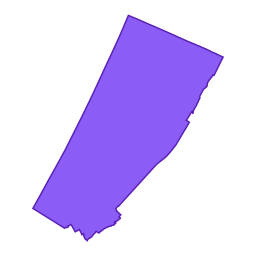 Noordwijk, Zuid-Holland, Netherlands (Albers equal-area conic projection)
{"feature_id": "6326949B12806125708238", "entity_name": "Noordwijk", "entity_type": "district", "adm_level": 2, "iso_a3": "NLD", "parent_name": "Netherlands", "parent_adm1": "Zuid-Holland", "projection": "albers", "projection_center": [4.48, 52.27], "detail": "fine", "context": "isolated", "style": "filled", "palette": "violet", "viewbox_px": 256, "rotation_deg": 0, "n_neighbors": 0, "source": "geoboundaries", "source_scale": "gbopen_adm2", "svg_char_len": 4342}
<svg xmlns="http://www.w3.org/2000/svg" viewBox="0 0 256 256"><path d="M205.1,48.7L203.8,48.1L201.3,47.1L200.8,46.8L186.4,40.8L178.4,37.2L166.4,31.8L147.9,23.8L146.2,23.0L128.4,15.4L120.7,33.6L112.7,51.2L105.7,66.1L97.0,85.1L90.6,98.7L82.7,115.0L65.5,149.3L57.6,163.8L48.5,180.1L39.6,196.4L32.9,208.4L63.0,227.2L63.1,227.3L63.6,227.5L64.1,228.0L64.3,228.1L64.6,228.1L64.8,228.1L65.0,228.1L65.5,227.8L65.5,227.7L66.4,227.2L66.5,227.2L66.8,227.2L67.1,227.3L67.3,227.4L67.3,227.5L67.7,227.9L67.6,227.7L67.7,227.3L67.8,227.1L67.9,226.9L68.0,226.9L68.0,226.7L68.3,226.4L68.5,226.2L68.4,226.1L68.5,226.1L68.7,225.9L68.8,225.8L69.5,225.4L71.1,224.5L71.4,225.0L72.6,227.2L73.3,228.3L73.5,228.7L75.2,231.8L79.5,229.6L80.4,231.7L80.5,231.7L81.0,232.5L81.4,233.6L81.6,234.0L81.8,234.6L81.9,234.8L82.7,234.3L82.9,234.2L83.2,233.9L83.7,233.7L83.8,234.6L83.8,234.8L83.8,235.3L83.9,235.6L83.9,235.9L84.0,236.4L84.1,236.8L84.2,237.0L84.4,237.4L84.5,237.7L84.6,237.9L84.7,238.1L84.8,238.3L85.2,238.9L85.4,239.1L85.5,239.2L85.5,239.3L85.8,239.4L86.0,239.5L86.3,239.8L86.9,240.4L87.1,240.6L87.2,240.4L87.4,240.1L87.5,240.1L87.7,239.7L88.0,239.3L88.6,238.7L88.8,238.5L89.5,238.3L90.0,237.9L91.7,236.8L91.8,236.8L91.9,236.7L92.0,236.2L92.6,235.6L93.1,234.9L93.9,234.1L94.2,233.7L94.3,233.5L94.7,233.2L94.9,232.9L95.1,232.8L95.2,232.6L95.3,232.6L95.5,232.3L95.6,232.1L95.6,231.9L96.0,231.5L96.1,231.4L96.3,231.4L96.6,231.6L97.4,232.2L98.2,232.7L98.3,232.8L98.5,232.8L98.6,232.7L98.8,232.7L99.0,232.8L99.3,232.9L99.6,232.5L99.7,232.3L99.8,232.2L99.9,231.9L100.0,231.8L100.0,231.7L100.8,231.3L101.0,231.3L101.1,231.2L101.3,231.1L101.4,230.9L101.5,230.8L101.5,230.7L101.8,230.5L102.2,230.2L102.5,230.0L102.6,229.9L102.9,229.8L103.0,229.6L103.5,229.3L103.9,229.0L104.1,228.8L104.2,228.7L104.4,228.6L104.7,228.5L105.1,228.2L105.7,228.0L107.1,227.3L108.5,226.6L109.0,226.5L109.2,226.4L109.8,226.1L110.0,226.1L110.7,226.1L110.9,226.1L111.1,226.1L111.3,225.9L111.5,225.6L111.9,225.4L112.2,225.3L112.6,225.2L112.9,225.2L113.2,225.2L113.4,225.1L113.5,225.2L114.3,224.6L114.8,223.8L115.5,223.4L114.4,222.1L114.9,221.8L115.1,221.7L115.7,221.4L116.0,221.8L116.2,221.6L116.6,221.1L116.8,220.9L117.3,220.6L117.7,220.3L117.9,220.2L118.0,220.1L118.4,219.9L118.6,219.9L118.8,219.4L118.9,219.2L119.5,218.8L119.7,218.7L120.2,218.5L120.4,218.2L119.0,216.9L120.8,214.7L120.6,214.5L120.2,214.3L118.6,212.8L118.0,212.2L117.4,211.7L116.7,211.1L116.7,210.9L116.8,210.7L116.3,210.0L115.7,208.9L115.8,208.8L115.9,208.7L116.6,207.6L117.6,206.5L117.7,206.4L118.3,206.0L118.5,206.2L118.8,205.9L123.0,201.3L132.8,190.5L140.7,181.8L148.6,173.1L150.8,170.7L152.6,168.7L155.0,166.0L155.5,165.6L156.4,164.6L157.5,163.6L159.8,161.8L162.3,159.8L163.8,158.6L166.1,156.6L166.4,156.4L166.8,156.0L167.8,154.8L170.4,151.9L171.5,150.5L172.2,149.6L174.0,147.3L174.8,146.4L175.9,144.9L176.8,143.4L178.0,141.3L179.6,138.7L180.4,137.3L181.7,135.2L183.2,132.6L183.5,132.0L184.9,129.8L185.1,129.5L186.4,127.3L189.1,122.7L189.3,122.3L187.8,121.2L187.3,120.9L186.8,120.6L186.3,120.4L188.6,116.7L191.6,112.0L191.9,111.6L192.1,111.4L192.2,111.6L192.7,113.2L193.2,112.8L193.2,111.5L193.2,111.4L193.5,110.9L193.4,110.7L193.7,110.0L194.1,109.5L194.2,109.3L194.3,109.0L194.4,108.7L194.6,108.4L194.8,108.1L195.1,107.7L195.4,107.1L196.2,105.8L196.5,105.3L196.5,105.2L196.7,104.7L197.8,102.4L198.0,102.1L198.1,101.8L198.3,101.3L198.7,100.5L198.8,100.2L198.9,99.9L199.4,99.0L199.8,98.1L199.9,97.9L199.9,97.5L199.8,97.3L199.7,97.0L199.6,96.8L199.6,96.7L199.9,95.9L200.2,95.5L200.4,95.1L201.0,93.9L201.1,93.6L201.4,93.2L201.5,93.0L201.6,92.9L202.1,91.9L202.6,90.9L202.8,90.5L203.1,90.0L203.3,89.7L203.5,89.4L204.2,88.7L204.4,88.6L204.6,88.5L205.1,88.0L205.7,87.5L205.8,87.4L205.9,87.2L206.2,87.1L206.4,86.9L206.5,86.8L206.7,86.5L206.8,86.4L206.9,86.2L207.0,86.0L207.0,85.7L207.1,85.3L207.2,85.0L207.3,84.9L207.3,84.7L207.3,84.4L207.3,84.2L207.3,83.8L207.2,83.7L207.3,83.5L207.3,83.4L207.3,83.2L207.5,82.9L207.6,82.6L207.8,82.3L208.3,81.6L208.4,81.4L208.8,80.8L209.1,80.3L209.2,80.0L209.3,79.9L209.4,79.7L210.0,79.1L210.5,78.5L210.9,78.1L211.2,77.7L211.3,77.6L211.6,77.2L211.9,76.6L212.1,76.4L213.0,74.9L214.0,75.4L221.4,60.5L223.1,57.1L219.8,55.6L217.1,54.4L216.6,54.1L216.5,53.9L212.5,52.3L209.7,50.8L209.0,50.5L208.8,50.4L207.9,50.0L206.3,49.2L205.4,48.8L205.1,48.7Z" fill="#8b5cf6" stroke="#5b21b6" stroke-width="1.5"/></svg>